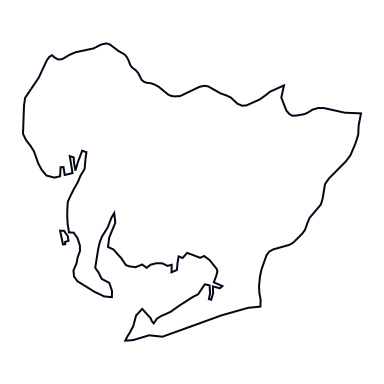 outline of Aichi
{"feature_id": "JPN-1840", "entity_name": "Aichi", "entity_type": "Prefecture", "adm_level": 1, "iso_a3": "JPN", "parent_name": "Japan", "parent_adm1": "", "projection": "natural_earth1", "projection_center": [137.132, 34.981], "detail": "fine", "context": "isolated", "style": "outline", "palette": "ink", "viewbox_px": 384, "rotation_deg": 0, "n_neighbors": 0, "source": "natural_earth", "source_scale": "10m", "svg_char_len": 2583}
<svg xmlns="http://www.w3.org/2000/svg" viewBox="0 0 384 384"><path d="M260.4,306.6L248.3,307.8L222.0,315.2L162.5,336.7L149.1,335.3L133.8,339.9L129.9,340.4L125.3,340.6L127.5,336.2L129.3,333.5L133.2,326.3L136.1,315.5L142.2,308.9L150.7,318.3L151.7,320.9L153.6,323.4L155.9,320.3L156.6,318.9L161.4,315.9L166.3,313.8L170.6,311.8L179.5,305.5L192.6,297.1L198.1,294.3L204.8,284.3L209.6,285.4L210.1,293.3L208.9,299.1L211.2,299.7L213.1,293.4L212.9,286.4L219.9,288.3L222.4,286.1L213.8,282.3L216.4,275.5L217.4,271.2L216.6,268.8L209.5,260.0L204.1,256.0L200.1,257.8L193.9,255.4L187.1,252.9L182.6,258.0L178.6,256.4L177.5,263.1L176.9,270.0L171.5,272.3L171.7,264.8L167.5,265.9L162.5,263.4L156.8,263.2L150.8,264.6L146.6,267.8L142.2,264.5L135.5,267.2L129.1,266.3L125.9,265.1L121.2,258.1L119.2,256.0L113.5,249.5L108.0,247.0L109.2,237.5L115.3,222.7L114.2,213.1L111.4,217.8L107.6,227.6L102.1,236.4L99.9,241.8L98.3,248.5L95.2,267.8L98.5,272.4L101.7,278.9L109.3,282.9L112.0,290.9L111.9,297.2L104.1,296.4L94.5,291.8L84.0,285.3L77.4,281.2L74.0,276.5L73.5,270.4L76.5,263.5L77.7,257.2L80.0,251.0L79.9,245.5L77.5,238.1L73.7,232.7L69.0,232.4L67.6,223.7L67.2,214.8L67.4,207.9L67.8,201.8L70.7,195.4L73.9,189.0L77.8,182.2L80.5,175.7L84.6,169.0L85.5,158.9L86.4,152.2L82.2,150.7L77.8,162.3L75.4,170.6L74.0,162.7L73.7,157.4L69.8,156.1L72.5,173.1L64.7,175.0L63.5,167.1L60.6,167.2L60.1,176.3L54.3,177.6L46.4,175.5L41.7,169.8L38.2,163.3L34.0,151.4L30.4,145.7L26.2,140.4L23.0,133.9L24.0,105.6L25.1,97.9L38.7,77.7L46.9,60.2L49.3,56.9L52.1,55.2L53.9,57.0L57.9,59.4L60.1,59.5L62.7,58.9L69.4,54.9L75.4,52.3L93.6,48.4L100.4,44.9L102.5,44.2L106.5,43.4L110.1,44.6L118.3,50.9L124.5,54.4L126.7,56.9L128.4,60.1L130.2,64.8L131.3,66.6L132.8,68.1L135.7,70.2L138.1,72.9L141.7,80.0L144.1,81.9L146.4,82.7L151.1,83.3L154.7,84.6L158.6,86.7L168.1,94.5L170.9,95.8L174.4,96.4L180.1,96.1L199.3,86.9L204.0,85.8L208.0,86.3L220.6,93.4L226.6,95.5L230.9,97.6L237.4,103.7L242.0,105.7L246.5,105.4L259.8,99.4L266.8,94.4L269.8,91.8L284.0,85.4L281.3,97.6L286.4,110.6L289.2,113.9L292.2,115.7L296.1,115.6L304.6,114.1L308.5,112.2L312.6,109.6L318.2,108.0L324.1,108.1L344.8,112.7L361.0,113.4L358.7,125.2L358.2,134.8L355.5,143.3L350.5,155.2L345.5,161.8L328.9,178.5L325.0,184.2L322.5,199.3L320.8,204.6L309.7,217.7L307.3,223.3L305.1,229.7L302.5,233.4L293.6,242.3L291.4,243.8L288.9,245.0L273.5,249.3L269.2,251.6L266.5,255.3L261.4,269.7L260.0,276.5L259.0,286.5L259.4,293.3L260.4,298.3L260.6,300.7L260.4,306.6L260.4,306.6ZM60.1,230.7L64.0,230.8L67.7,236.0L68.5,240.8L65.1,241.9L65.2,244.2L63.0,244.5L60.1,230.7Z" fill="none" stroke="#020617" stroke-width="2"/></svg>